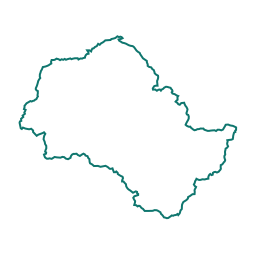 outline of Pedras Altas, Rio Grande do Sul, Brazil, rotated 267°
{"feature_id": "56859067B17003984772313", "entity_name": "Pedras Altas", "entity_type": "district", "adm_level": 2, "iso_a3": "BRA", "parent_name": "Brazil", "parent_adm1": "Rio Grande do Sul", "projection": "albers", "projection_center": [-53.699, -31.846], "detail": "fine", "context": "isolated", "style": "outline", "palette": "teal", "viewbox_px": 256, "rotation_deg": 267, "n_neighbors": 0, "source": "geoboundaries", "source_scale": "gbopen_adm2", "svg_char_len": 5161}
<svg xmlns="http://www.w3.org/2000/svg" viewBox="0 0 256 256"><g transform="rotate(267 128 128)"><path d="M38.4,173.6L40.0,175.1L41.5,175.7L42.9,176.1L44.1,177.4L45.2,177.6L46.7,177.7L48.6,178.0L49.9,178.6L51.2,179.4L52.0,180.8L53.0,182.6L54.4,184.1L55.9,184.4L56.8,186.3L57.6,187.5L58.5,188.9L58.5,191.0L60.7,191.3L62.4,191.2L63.4,191.6L64.6,192.4L65.6,192.9L66.4,191.8L68.1,190.8L69.8,191.8L71.3,192.2L72.7,193.2L73.7,193.7L73.1,194.7L72.4,196.2L72.4,197.8L72.9,199.6L72.6,201.9L73.0,203.6L73.2,205.6L74.5,205.6L75.6,205.9L77.1,206.8L77.8,207.7L76.6,208.9L76.9,210.1L78.8,210.5L79.5,211.8L79.6,213.1L78.9,214.5L79.6,216.3L80.5,217.0L81.3,217.9L82.4,218.6L84.2,218.5L86.1,218.7L86.7,220.2L87.7,221.1L88.8,221.9L89.5,222.8L90.9,223.4L92.6,222.9L93.8,222.7L95.0,222.8L96.4,223.7L98.3,223.6L99.6,223.7L100.8,224.1L102.3,224.4L103.2,226.0L104.5,227.0L106.1,226.3L107.6,226.2L109.2,226.8L110.6,226.5L110.8,228.3L110.9,230.5L111.4,232.0L112.8,232.4L114.5,232.6L116.2,233.1L117.9,233.7L118.4,235.0L119.7,234.9L120.4,235.8L121.5,235.9L122.9,236.0L123.9,234.3L124.7,232.7L125.0,231.1L125.5,229.5L126.1,228.5L126.2,227.2L126.1,225.7L124.8,225.0L123.2,223.9L121.5,222.8L120.8,221.1L121.5,219.1L121.6,217.4L120.4,215.8L121.2,214.3L121.2,212.7L121.1,210.5L120.9,208.9L121.0,207.3L121.7,205.6L122.3,204.1L123.5,203.3L123.5,202.1L123.7,200.5L123.2,198.8L123.2,197.2L122.5,195.7L122.3,194.2L123.2,192.9L124.3,191.7L125.1,190.8L126.1,190.3L126.0,189.0L126.5,187.9L127.2,186.7L128.2,185.7L129.8,186.5L131.3,187.4L132.8,188.4L134.2,189.1L136.3,189.3L137.9,188.8L138.5,187.5L139.8,187.1L141.0,187.6L142.1,188.0L143.5,188.4L144.5,188.1L146.0,187.4L147.2,186.5L148.8,185.8L150.3,185.4L150.2,183.9L150.1,182.5L148.5,180.9L149.1,179.5L150.5,178.6L151.8,176.9L152.7,177.7L153.6,179.0L155.2,179.0L156.3,179.0L157.3,179.8L158.1,178.1L159.3,176.5L160.1,174.2L161.4,173.5L162.5,174.4L163.8,174.0L164.7,173.2L165.9,172.6L166.4,171.0L166.9,169.7L167.2,168.1L166.4,166.3L165.3,165.2L164.6,163.6L163.6,162.8L164.8,161.8L164.6,160.3L163.7,158.8L165.0,157.2L165.0,155.0L166.2,154.8L167.5,155.7L168.5,156.5L168.8,158.1L168.7,159.7L171.0,159.6L172.5,159.5L173.7,159.6L174.8,160.2L176.4,160.7L177.6,160.8L178.7,160.7L179.9,158.8L181.3,157.5L182.8,157.3L184.6,156.7L185.5,155.4L187.3,154.4L187.9,152.3L189.0,150.9L190.6,151.0L192.5,150.3L194.0,150.3L196.8,146.6L201.0,144.1L202.4,143.6L203.5,142.0L204.8,140.6L206.2,139.7L207.5,138.9L208.6,138.1L209.5,137.0L210.0,134.7L210.7,133.0L211.5,131.7L212.3,130.4L213.0,128.7L213.5,126.8L214.5,125.5L215.6,123.8L216.9,123.2L217.2,124.7L217.4,126.0L218.0,127.3L219.1,126.4L219.6,125.2L219.3,123.7L220.1,122.2L218.6,120.2L218.1,118.4L217.7,116.0L216.8,115.2L216.7,109.9L215.7,108.7L214.6,107.0L214.1,105.7L212.6,104.1L213.6,102.6L211.4,101.1L210.6,99.2L209.3,97.8L209.2,96.6L208.0,95.8L206.4,95.2L207.6,93.5L207.7,91.3L205.7,92.4L204.2,92.5L204.0,90.8L203.0,89.7L201.6,88.9L200.5,88.7L200.2,87.0L199.7,85.9L199.9,84.1L199.0,82.1L200.3,81.4L200.4,78.5L200.1,76.5L199.7,75.1L200.5,74.0L199.9,71.2L199.4,69.6L200.3,68.4L199.5,66.9L200.1,65.3L199.3,63.7L200.3,62.3L201.0,60.2L200.2,59.0L199.8,57.7L199.9,55.3L198.1,54.6L196.4,54.8L195.5,53.1L194.8,52.0L194.2,50.4L193.7,48.7L193.3,46.1L192.1,45.6L190.7,44.9L189.4,44.0L187.8,43.5L186.2,42.8L185.0,42.7L183.7,42.6L182.5,43.0L181.2,41.8L179.6,40.8L178.2,40.4L176.4,39.8L174.6,39.1L172.7,38.1L171.7,37.9L170.4,38.6L169.6,39.9L168.3,39.8L167.0,39.7L165.5,39.3L164.3,39.7L163.4,39.0L161.6,38.0L161.1,36.7L160.3,35.8L160.0,34.3L159.5,33.2L160.0,31.9L159.0,30.0L158.0,28.0L155.5,25.8L154.3,25.8L152.3,25.1L151.5,26.7L150.1,26.1L149.0,25.3L147.6,25.8L145.9,23.4L144.5,24.0L142.8,21.7L140.7,21.8L140.2,20.4L138.9,20.0L135.7,20.5L133.3,20.9L132.6,21.9L133.9,23.1L132.8,25.5L132.2,27.9L131.9,29.2L132.3,31.3L130.5,33.1L129.0,33.0L125.0,36.4L126.0,38.0L127.5,42.8L128.1,43.9L126.5,45.1L124.8,44.0L122.7,43.4L121.2,43.1L118.5,44.1L116.3,44.4L114.5,45.4L113.0,45.4L111.8,45.3L110.2,44.5L108.7,44.0L107.9,45.0L106.7,44.8L105.9,42.7L104.1,43.2L103.0,43.6L101.7,45.1L101.5,46.5L101.8,48.1L101.2,50.2L102.9,53.2L102.4,55.3L101.9,59.0L102.6,61.0L102.2,62.8L100.7,64.3L100.0,66.5L101.3,69.1L102.4,69.3L103.4,69.9L104.4,70.8L105.0,72.1L104.9,73.3L105.0,75.3L103.7,76.5L102.6,78.5L104.1,80.9L104.7,82.2L103.8,83.6L102.7,84.1L102.0,86.1L100.2,86.7L99.0,87.8L96.1,87.9L94.7,88.3L93.5,90.3L91.8,92.0L91.7,96.0L90.7,98.5L91.4,103.6L90.1,105.7L88.3,107.5L88.1,108.7L88.5,110.4L87.1,110.8L84.6,111.6L84.5,113.2L85.2,114.0L83.9,115.3L82.6,115.4L81.5,116.8L80.5,118.3L79.6,120.0L78.2,120.4L76.1,119.4L74.9,119.3L74.8,120.7L73.2,121.9L72.0,123.0L69.7,123.2L67.6,124.4L66.4,125.6L65.6,126.8L63.1,129.6L64.3,132.5L63.7,133.7L62.3,133.7L61.6,134.7L60.5,134.6L60.1,133.1L59.5,130.8L58.0,129.6L56.3,130.3L54.6,131.3L53.0,131.0L50.8,130.2L50.4,132.3L49.2,133.4L49.8,134.9L49.2,136.1L48.0,136.8L47.1,137.7L46.5,138.7L45.4,139.5L44.3,140.3L44.2,142.1L44.1,144.6L44.0,148.4L44.6,150.2L44.4,152.1L44.0,153.2L43.2,154.4L42.1,156.0L40.6,156.4L39.4,157.6L38.3,158.4L36.9,159.2L36.5,160.7L35.9,162.1L36.1,163.7L36.8,164.6L37.5,165.9L38.4,167.1L38.0,168.5L38.5,169.6L38.6,171.3L39.5,172.9L38.4,173.6Z" fill="none" stroke="#0f766e" stroke-width="2"/></g></svg>